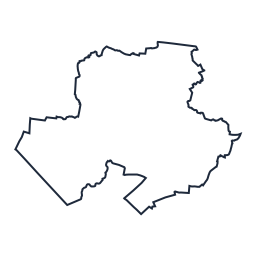 Phong Dien, Hau Giang, Vietnam
{"feature_id": "81297802B56741553336234", "entity_name": "Phong Dien", "entity_type": "district", "adm_level": 2, "iso_a3": "VNM", "parent_name": "Vietnam", "parent_adm1": "Hau Giang", "projection": "albers", "projection_center": [105.676, 9.998], "detail": "fine", "context": "isolated", "style": "outline", "palette": "slate", "viewbox_px": 256, "rotation_deg": 0, "n_neighbors": 0, "source": "geoboundaries", "source_scale": "gbopen_adm2", "svg_char_len": 5683}
<svg xmlns="http://www.w3.org/2000/svg" viewBox="0 0 256 256"><path d="M146.2,48.5L145.3,53.7L139.6,53.4L139.0,55.5L133.4,53.9L133.6,53.3L133.1,53.1L132.8,53.6L131.8,53.7L131.2,54.1L130.2,55.1L129.2,55.0L125.7,54.3L124.0,53.6L121.6,52.2L119.5,50.7L119.0,50.7L118.1,50.8L116.9,50.2L115.3,50.4L114.9,50.3L113.9,49.6L113.3,49.3L112.3,49.0L111.2,48.4L109.4,47.8L108.5,47.5L107.2,46.7L106.6,46.5L105.9,47.0L104.4,48.4L103.6,49.2L102.9,50.3L102.5,51.4L101.8,53.7L101.6,55.2L100.5,55.4L100.2,55.7L99.8,56.1L99.2,56.3L98.7,56.3L97.5,55.6L96.8,54.5L96.6,53.8L96.6,52.4L96.4,52.1L95.7,51.7L95.2,51.5L94.8,51.7L93.9,52.5L91.3,53.0L90.9,53.2L90.7,53.9L90.6,55.0L90.4,55.2L89.8,55.4L88.6,55.4L88.5,55.5L88.4,55.7L88.5,56.0L89.3,56.3L89.3,57.1L89.1,57.3L88.3,57.5L88.0,57.5L87.6,57.2L87.0,57.2L85.9,57.7L85.4,57.9L84.8,58.4L84.5,58.8L84.3,60.0L84.2,60.3L83.9,60.4L82.5,60.5L81.8,60.7L81.4,60.7L81.3,60.9L80.6,61.2L79.6,61.1L79.4,62.5L79.1,62.8L78.4,62.8L78.2,63.3L77.9,63.6L77.8,64.3L77.7,64.7L77.6,66.3L77.8,68.2L77.8,68.8L78.2,71.0L78.8,72.7L78.9,73.6L79.0,74.1L79.6,75.0L79.6,75.5L79.5,76.3L79.3,76.6L76.1,77.9L75.8,78.4L75.8,79.9L75.2,90.2L74.8,94.2L75.4,94.6L75.9,97.1L76.7,98.8L77.2,99.3L77.7,99.7L78.5,100.0L78.6,100.7L79.3,101.3L79.2,102.2L79.9,102.8L79.7,103.8L80.2,103.8L80.4,104.3L80.4,105.1L79.2,111.7L78.2,116.6L77.6,116.4L76.9,116.6L76.4,116.8L75.3,117.7L74.7,117.8L74.5,117.7L73.9,117.2L72.8,116.9L72.4,116.6L72.0,116.7L71.2,116.4L70.4,116.6L69.2,116.4L68.3,116.9L67.2,117.0L66.6,117.3L65.8,118.7L65.4,119.1L64.7,119.2L64.1,119.2L63.8,119.3L63.1,119.0L63.0,118.8L63.1,118.6L62.7,118.3L61.8,117.7L61.2,117.5L60.3,117.2L58.0,117.1L56.6,116.6L56.3,118.4L46.6,117.3L44.9,120.5L31.4,118.7L30.3,118.2L29.8,124.6L29.4,133.3L23.8,131.6L21.8,137.1L19.3,141.3L15.4,149.4L16.4,150.0L24.4,158.6L38.0,173.5L67.2,205.0L80.6,199.3L81.0,199.0L81.2,198.5L81.3,197.3L81.5,196.7L81.9,195.9L82.0,195.3L81.7,192.9L81.7,192.0L82.3,190.7L82.4,189.5L82.6,189.1L84.1,187.8L85.3,187.4L85.9,187.1L86.2,186.5L86.5,185.6L87.0,184.7L87.5,184.3L88.1,184.2L89.1,184.3L89.5,184.5L90.2,185.5L91.2,186.4L92.0,186.5L93.9,186.4L94.7,186.2L95.2,185.9L95.4,185.0L95.4,184.3L95.8,183.7L96.9,183.3L98.3,183.6L99.0,183.6L99.7,183.3L100.2,182.9L101.8,180.9L102.6,180.0L102.4,178.8L102.5,178.7L103.2,178.6L103.5,178.4L104.4,178.0L105.0,177.5L105.3,177.0L105.8,174.3L105.8,173.8L105.4,173.0L105.4,172.6L106.2,172.0L107.0,170.6L107.4,169.6L107.6,168.8L107.6,167.5L107.5,167.1L106.4,165.9L106.1,165.2L106.1,164.5L106.6,162.7L106.9,162.2L107.9,161.0L108.4,161.4L109.1,161.4L109.5,161.2L110.0,160.5L110.3,160.4L110.8,160.6L111.2,161.0L111.7,162.0L112.4,163.0L113.3,163.4L118.9,164.9L124.3,167.2L124.6,167.7L124.8,168.6L124.7,168.8L123.6,174.6L124.8,175.0L125.8,174.7L129.4,174.5L134.6,174.5L136.2,174.5L137.0,174.5L140.3,175.4L142.4,176.2L144.1,176.9L145.8,178.0L141.6,182.9L133.3,190.5L124.2,198.3L124.6,198.8L126.5,200.0L133.8,207.1L136.8,209.8L141.1,214.1L149.1,206.7L151.9,208.5L152.4,206.6L155.1,206.3L153.3,202.2L165.4,197.4L175.1,194.7L174.5,192.0L175.1,191.5L179.1,192.6L180.7,192.5L188.8,193.0L189.4,185.9L190.9,186.3L192.1,186.5L194.5,186.4L195.6,186.5L197.6,186.8L199.5,186.8L199.6,186.6L202.2,184.5L202.5,184.6L203.1,185.3L206.0,181.1L207.1,179.7L207.7,178.3L208.6,175.2L209.7,172.3L210.5,171.1L211.6,170.2L216.0,166.8L216.4,166.8L216.6,166.7L217.5,163.4L217.6,161.4L217.1,161.3L218.4,156.6L219.6,156.5L220.2,156.3L220.3,156.2L220.2,155.4L220.3,155.3L220.6,155.2L221.2,155.8L222.7,156.5L224.2,157.3L224.9,157.5L224.9,156.9L224.7,155.9L224.8,155.2L227.3,155.1L228.6,154.6L229.1,153.9L229.9,151.8L230.4,150.7L230.9,148.6L231.4,146.9L232.1,143.5L232.4,143.4L231.8,141.0L232.3,140.5L234.3,140.6L234.5,140.5L234.7,140.2L235.0,140.1L237.2,139.4L238.5,138.1L239.9,135.7L240.6,133.8L238.2,134.7L235.4,134.9L232.3,134.8L229.6,134.3L229.9,131.7L229.0,131.3L228.8,131.1L228.5,130.2L228.3,127.0L228.4,124.9L225.7,121.9L224.9,121.8L224.7,121.7L224.4,121.3L223.3,121.1L223.1,121.0L222.8,120.5L222.3,120.3L222.1,119.8L222.1,119.0L222.1,118.7L221.9,118.6L221.6,118.5L221.0,118.5L217.8,120.3L215.7,120.8L215.3,120.4L214.5,120.4L213.9,119.8L213.3,119.4L212.4,119.6L211.4,120.3L211.2,120.4L205.9,118.9L204.9,118.4L203.5,114.7L203.5,114.3L202.9,113.5L202.8,113.0L201.9,112.7L201.2,112.8L200.8,112.7L200.6,112.8L200.4,113.4L199.0,113.0L198.1,112.9L197.2,112.4L197.1,112.2L197.1,111.3L196.9,110.9L196.4,110.2L195.8,110.0L194.8,110.2L194.2,110.1L193.5,109.4L192.4,108.9L192.1,108.7L192.0,108.2L191.5,107.8L190.9,107.7L190.4,107.8L190.1,107.8L189.8,107.6L188.5,106.8L188.4,106.5L188.5,105.4L188.5,104.9L187.5,102.2L187.5,101.7L187.8,101.3L188.1,101.2L188.4,101.0L189.5,100.9L190.3,100.3L192.2,92.7L189.8,89.0L192.9,87.5L193.2,87.3L193.3,86.9L193.3,86.2L192.6,84.8L192.6,84.7L193.3,84.5L193.5,84.3L193.6,83.9L194.2,83.5L194.4,83.5L195.2,84.3L195.5,84.0L196.1,84.1L196.4,83.4L197.2,82.3L197.6,82.0L198.8,82.3L199.8,82.9L200.3,82.8L200.3,82.6L200.5,82.3L200.5,81.0L200.6,80.6L200.9,80.4L201.3,80.9L201.7,81.0L202.4,80.6L202.7,80.2L202.7,79.9L202.2,79.1L202.3,78.7L202.6,78.4L202.0,77.4L202.1,76.9L201.6,76.0L201.6,75.4L199.9,73.9L199.4,73.3L198.9,72.8L198.9,72.7L203.1,71.1L203.6,70.8L204.3,70.5L204.3,70.4L202.5,69.3L202.3,69.0L200.4,64.6L198.4,65.8L198.1,65.9L197.9,65.8L197.4,65.0L196.7,64.4L192.7,60.5L192.6,58.7L192.4,58.3L192.2,56.8L191.4,54.1L191.8,53.3L191.8,52.9L191.5,51.9L193.0,50.7L194.0,49.7L194.3,49.6L194.8,49.7L195.8,50.0L196.1,50.0L196.7,49.9L197.5,49.6L196.3,47.1L196.0,46.6L195.1,46.3L193.8,46.2L172.6,43.5L163.1,42.4L157.8,41.9L157.7,42.0L157.6,43.2L157.9,45.4L157.5,46.7L156.5,47.5L154.0,48.2L153.2,48.2L152.1,48.4L151.8,48.4L151.4,48.1L151.1,48.0L150.0,48.2L146.2,48.5Z" fill="none" stroke="#1e293b" stroke-width="2"/></svg>